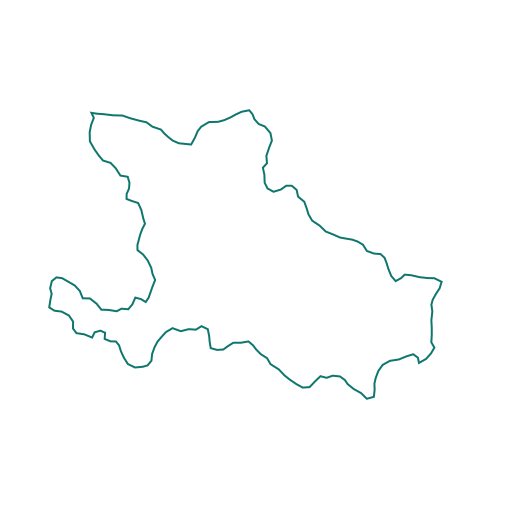 outline of Itabirinha, Minas Gerais, Brazil, rotated 285°
{"feature_id": "56859067B37396516531854", "entity_name": "Itabirinha", "entity_type": "district", "adm_level": 2, "iso_a3": "BRA", "parent_name": "Brazil", "parent_adm1": "Minas Gerais", "projection": "orthographic", "projection_center": [-41.25, -18.552], "detail": "fine", "context": "isolated", "style": "outline", "palette": "teal", "viewbox_px": 512, "rotation_deg": 285, "n_neighbors": 0, "source": "geoboundaries", "source_scale": "gbopen_adm2", "svg_char_len": 2703}
<svg xmlns="http://www.w3.org/2000/svg" viewBox="0 0 512 512"><g transform="rotate(285 256 256)"><path d="M134.8,118.8L140.5,119.9L143.6,125.0L142.8,130.1L136.7,131.3L135.9,137.7L137.2,142.8L134.2,146.9L129.0,150.2L123.7,154.6L118.5,160.2L117.0,168.0L119.7,175.3L122.3,179.6L127.8,182.1L134.5,181.0L141.5,181.6L147.7,183.0L153.6,185.8L159.1,188.6L164.7,194.1L163.9,202.8L167.9,209.9L169.3,217.0L174.1,221.5L172.8,228.4L166.5,231.5L161.0,233.5L155.3,236.1L155.2,242.6L157.2,248.6L161.4,252.0L166.3,256.5L168.4,264.1L171.5,270.8L169.0,276.2L165.7,280.4L162.4,286.1L160.2,293.1L155.3,298.0L152.4,307.3L148.0,314.5L145.3,320.7L142.6,328.5L141.0,335.2L143.2,341.7L150.2,345.5L156.6,349.4L156.6,355.7L160.2,361.0L161.4,368.2L159.3,373.8L155.9,377.8L152.8,384.9L150.7,393.1L146.8,400.0L150.5,406.3L157.5,405.2L163.4,403.4L169.0,403.2L176.5,403.9L183.6,406.5L189.4,412.5L193.0,420.7L198.0,427.3L201.8,433.3L199.7,438.7L194.9,441.1L200.6,446.9L207.3,450.3L213.7,452.0L218.0,447.7L224.8,446.3L232.3,444.3L239.4,442.0L248.0,440.7L254.4,438.0L259.5,438.0L266.2,439.7L272.2,441.7L279.1,442.0L280.7,434.0L279.1,427.5L277.9,419.5L277.6,411.1L276.5,404.5L272.2,401.9L267.9,397.4L271.7,391.8L277.8,387.2L282.9,384.0L287.5,380.7L290.1,375.8L288.9,369.3L289.6,361.7L294.6,356.4L296.3,350.3L296.7,344.6L296.1,338.4L295.6,332.4L296.7,325.3L297.7,317.0L301.8,309.6L304.7,301.1L309.9,295.8L314.4,293.1L320.9,288.6L324.2,281.3L330.4,278.1L333.1,272.4L331.7,267.0L326.6,262.8L322.6,256.3L324.2,249.7L329.0,245.4L336.6,243.1L343.1,239.8L348.4,242.6L355.4,240.1L364.6,240.7L371.6,241.5L378.5,238.1L383.4,231.0L384.2,224.4L387.8,219.0L392.1,215.9L395.0,211.7L391.6,204.8L387.7,200.1L383.2,195.4L379.1,190.3L375.8,184.7L373.2,175.9L366.7,169.6L361.7,167.4L354.6,166.4L346.9,164.5L346.0,158.9L344.9,152.3L345.9,145.8L348.1,140.6L350.6,135.7L353.5,131.5L354.1,122.5L356.8,115.6L356.5,108.5L356.5,98.9L357.1,90.6L354.9,81.5L353.6,72.4L352.3,65.6L351.7,60.0L347.4,63.6L339.9,62.8L332.5,63.3L323.7,65.9L316.9,72.7L312.4,78.1L308.6,83.5L308.3,91.4L304.6,97.6L298.6,104.2L299.3,111.6L294.0,114.8L288.3,115.9L282.4,115.0L277.6,116.2L277.0,121.9L276.7,128.4L270.8,133.3L263.5,137.2L258.4,140.4L253.0,139.2L247.1,138.6L241.5,138.6L236.0,138.6L231.0,140.0L228.2,146.6L223.7,152.5L217.4,157.9L211.9,160.7L206.7,164.8L199.0,163.9L188.0,163.1L183.0,161.4L184.6,156.0L184.6,150.2L177.3,149.1L171.5,146.4L170.3,139.7L166.6,135.8L165.7,127.3L164.1,120.5L168.7,114.3L172.0,106.5L170.3,99.6L176.6,94.9L180.6,88.6L182.5,81.6L184.4,74.4L183.7,68.8L179.0,65.3L171.6,65.5L166.6,68.4L159.6,68.8L152.8,69.6L151.0,75.5L152.0,82.6L150.1,90.7L145.3,96.3L138.6,98.0L135.0,102.5L135.9,110.5L134.8,118.8Z" fill="none" stroke="#0f766e" stroke-width="2"/></g></svg>